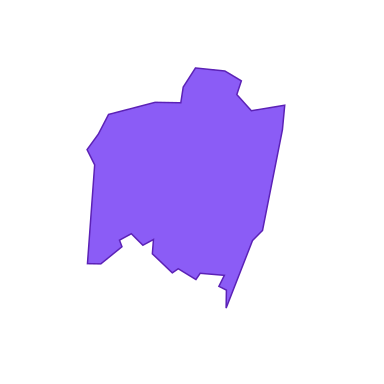 Wirt, West Virginia, United States of America, rotated 142°
{"feature_id": "52423323B46125568158444", "entity_name": "Wirt", "entity_type": "district", "adm_level": 2, "iso_a3": "USA", "parent_name": "United States of America", "parent_adm1": "West Virginia", "projection": "orthographic", "projection_center": [-81.353, 39.041], "detail": "fine", "context": "isolated", "style": "filled", "palette": "violet", "viewbox_px": 384, "rotation_deg": 142, "n_neighbors": 0, "source": "geoboundaries", "source_scale": "gbopen_adm2", "svg_char_len": 558}
<svg xmlns="http://www.w3.org/2000/svg" viewBox="0 0 384 384"><g transform="rotate(142 192 192)"><path d="M236.6,79.5L174.2,116.5L160.1,118.3L82.4,185.4L65.5,203.3L95.2,219.5L96.7,241.2L84.7,249.2L91.6,267.1L112.9,287.6L134.3,280.1L145.9,269.2L165.9,285.4L210.0,304.5L230.1,295.3L248.6,290.0L252.0,273.3L318.5,199.9L308.1,191.5L280.9,192.0L278.8,198.7L265.5,196.5L263.5,180.3L251.6,178.3L261.3,167.7L257.3,140.4L250.1,140.0L242.8,120.6L235.6,122.9L217.8,106.4L228.9,101.1L225.3,93.5L236.6,79.5Z" fill="#8b5cf6" stroke="#5b21b6" stroke-width="1.5"/></g></svg>